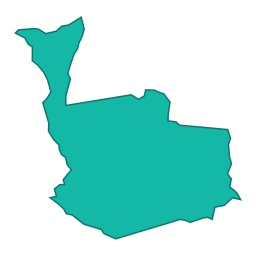 Muliterno, Rio Grande do Sul, Brazil
{"feature_id": "56859067B58975404223376", "entity_name": "Muliterno", "entity_type": "district", "adm_level": 2, "iso_a3": "BRA", "parent_name": "Brazil", "parent_adm1": "Rio Grande do Sul", "projection": "albers", "projection_center": [-51.789, -28.312], "detail": "fine", "context": "isolated", "style": "filled", "palette": "teal", "viewbox_px": 256, "rotation_deg": 0, "n_neighbors": 0, "source": "geoboundaries", "source_scale": "gbopen_adm2", "svg_char_len": 1124}
<svg xmlns="http://www.w3.org/2000/svg" viewBox="0 0 256 256"><path d="M15.4,33.1L24.8,37.9L28.2,44.2L32.3,46.9L32.4,52.1L32.3,60.7L38.2,65.5L44.1,72.9L47.6,79.9L50.9,92.1L46.7,98.8L42.8,102.6L48.8,123.2L48.5,131.2L53.7,139.6L59.0,145.0L59.3,149.6L61.7,154.7L65.6,157.5L67.1,164.4L71.3,169.9L66.9,175.1L63.2,179.8L64.6,184.5L59.9,184.6L54.4,189.0L56.4,196.5L50.1,197.7L58.4,204.0L63.6,208.7L66.3,213.7L72.2,215.0L84.0,224.2L101.5,229.6L103.9,233.6L115.7,238.8L157.2,226.3L164.9,224.1L180.1,219.4L185.0,220.2L190.2,222.3L203.9,217.7L208.1,217.4L212.2,219.4L214.9,207.2L224.3,205.3L232.5,197.8L240.6,199.6L236.9,193.0L233.5,189.8L229.7,187.1L231.3,178.9L227.4,173.9L229.1,169.8L231.5,163.5L229.6,157.4L228.4,144.6L230.5,138.4L227.8,129.6L179.4,125.2L176.1,121.9L168.1,120.9L168.1,115.3L170.0,102.1L163.8,93.8L159.8,92.6L154.0,90.1L145.7,89.9L144.4,95.8L138.5,99.3L131.3,94.8L65.8,105.5L65.8,96.1L70.4,78.8L67.8,73.7L69.9,66.2L73.9,54.5L77.7,48.3L78.9,43.1L82.4,35.6L84.2,29.2L81.2,17.2L68.6,25.0L61.6,26.2L56.4,31.2L45.7,33.6L38.4,29.1L33.8,28.7L18.3,29.9L15.4,33.1Z" fill="#14b8a6" stroke="#0f766e" stroke-width="1.5"/></svg>